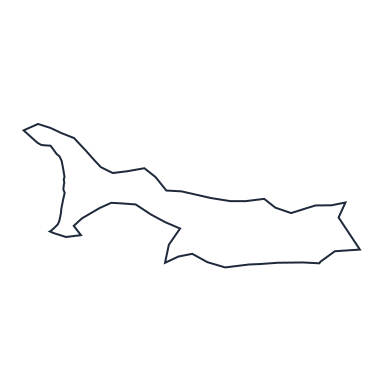 Palaichori Oreinis, Nicosia, Cyprus (Equal Earth projection), rotated 83°
{"feature_id": "46923920B93188189979448", "entity_name": "Palaichori Oreinis", "entity_type": "district", "adm_level": 2, "iso_a3": "CYP", "parent_name": "Cyprus", "parent_adm1": "Nicosia", "projection": "equal_earth", "projection_center": [33.105, 34.937], "detail": "fine", "context": "isolated", "style": "outline", "palette": "slate", "viewbox_px": 384, "rotation_deg": 83, "n_neighbors": 0, "source": "geoboundaries", "source_scale": "gbopen_adm2", "svg_char_len": 1089}
<svg xmlns="http://www.w3.org/2000/svg" viewBox="0 0 384 384"><g transform="rotate(83 192 192)"><path d="M221.1,41.0L222.2,55.1L220.4,71.1L222.2,81.2L225.0,96.2L217.7,111.2L207.6,121.2L207.6,140.2L205.7,155.2L200.2,174.3L190.1,202.3L187.4,217.3L172.7,226.4L162.6,236.4L163.5,253.4L163.5,268.4L156.2,279.5L147.9,285.5L137.8,292.5L124.1,302.5L117.6,314.5L111.2,324.6L105.7,336.6L110.3,351.6L124.1,339.6L126.8,336.1L127.5,333.6L128.8,326.8L131.5,325.2L137.7,321.8L140.3,319.3L145.1,317.6L152.2,317.1L161.3,316.7L164.2,317.8L167.2,317.6L169.0,318.3L169.8,318.4L173.6,319.4L177.4,318.5L184.3,321.0L189.9,322.8L192.9,323.8L196.0,324.4L200.1,325.7L204.5,327.2L207.8,329.2L209.9,331.8L213.3,336.6L213.8,337.9L215.8,334.6L221.3,322.6L221.3,307.5L211.2,313.5L204.8,304.5L196.6,285.5L192.9,273.5L194.7,263.4L197.5,249.4L209.4,235.4L218.6,222.4L226.8,208.3L241.5,221.4L259.0,227.4L254.4,213.3L253.4,199.3L263.5,185.3L270.9,168.3L270.9,144.2L271.8,133.2L272.7,115.2L275.5,90.2L278.3,74.3L276.8,73.0L268.2,57.4L269.6,32.4L235.2,49.6L221.1,41.0Z" fill="none" stroke="#1e293b" stroke-width="2"/></g></svg>